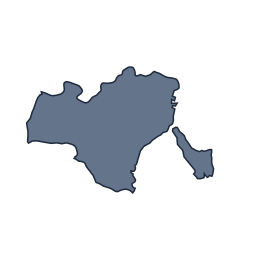 the border of Hyōgo, rotated 292°
{"feature_id": "JPN-1849", "entity_name": "Hyōgo", "entity_type": "Prefecture", "adm_level": 1, "iso_a3": "JPN", "parent_name": "Japan", "parent_adm1": "", "projection": "orthographic", "projection_center": [134.835, 34.932], "detail": "fine", "context": "isolated", "style": "filled", "palette": "slate", "viewbox_px": 256, "rotation_deg": 292, "n_neighbors": 0, "source": "natural_earth", "source_scale": "10m", "svg_char_len": 3214}
<svg xmlns="http://www.w3.org/2000/svg" viewBox="0 0 256 256"><g transform="rotate(292 128 128)"><path d="M76.7,41.4L77.8,39.9L81.8,38.7L87.3,36.6L90.6,34.5L94.7,32.1L100.3,33.8L106.4,33.2L111.0,33.3L118.9,32.9L122.2,33.0L123.8,33.4L126.0,34.1L126.9,35.6L129.1,34.0L129.5,38.6L129.4,40.0L129.3,41.3L129.3,43.6L129.5,45.3L130.1,46.8L131.2,48.8L134.1,52.8L136.5,54.4L138.6,54.8L140.4,54.3L143.7,52.5L144.8,52.1L146.0,52.0L147.2,52.7L148.1,54.1L148.5,56.8L148.8,65.2L148.7,66.7L148.2,68.0L147.5,69.3L146.8,70.4L146.0,71.3L145.1,71.8L143.9,71.8L143.0,71.7L142.0,71.3L139.6,69.8L138.2,69.1L137.1,69.2L136.1,70.0L135.7,71.5L135.5,72.9L135.2,78.0L135.3,78.9L135.8,80.0L136.8,81.1L138.8,82.2L142.5,83.2L143.7,83.9L145.0,85.0L146.4,86.5L150.4,88.0L151.8,88.9L153.5,88.7L155.9,87.3L156.9,87.0L159.1,87.1L159.7,87.4L160.4,88.1L161.7,92.1L163.5,95.3L164.8,97.1L167.3,98.7L169.3,98.6L171.0,98.8L172.6,99.4L173.8,100.5L174.7,101.9L175.8,102.4L178.6,101.8L180.0,102.3L183.7,105.0L184.8,106.0L185.5,107.6L186.0,109.1L185.6,110.7L183.7,112.7L181.7,114.0L180.3,114.6L179.5,115.1L179.5,116.2L179.8,117.1L182.1,119.4L182.5,125.0L185.9,128.8L189.5,130.5L190.3,131.4L190.2,133.2L190.4,136.4L190.2,138.4L189.8,140.5L189.6,142.8L189.7,145.7L190.8,150.0L191.4,154.0L191.1,154.9L191.0,155.3L190.7,155.7L189.7,157.0L187.6,158.8L186.0,159.6L184.2,160.3L182.3,159.3L180.0,156.8L177.4,157.0L174.2,157.2L174.2,160.5L170.6,160.9L170.8,157.8L167.1,159.1L169.5,164.3L166.1,163.7L165.4,160.9L163.5,161.2L163.2,164.3L155.5,165.7L152.1,167.3L148.5,167.7L145.4,165.5L141.4,165.6L139.4,165.3L136.9,162.2L133.8,160.9L131.8,159.1L125.9,155.2L122.4,154.0L118.4,150.6L116.4,149.4L111.3,148.1L97.6,149.4L96.8,149.1L96.3,148.7L95.7,148.5L95.0,148.9L94.5,149.3L93.8,149.8L93.1,150.1L92.5,150.2L91.1,150.1L90.0,149.6L89.5,148.5L89.5,146.7L88.8,146.9L88.1,147.3L87.6,148.0L87.4,148.9L87.3,149.9L87.0,150.0L86.5,149.9L85.9,150.2L83.1,154.0L82.2,154.6L80.7,154.5L79.6,153.8L78.7,153.1L77.8,152.7L76.4,153.2L75.3,154.3L74.7,155.8L74.9,157.2L72.0,157.3L69.6,156.7L70.7,153.7L70.9,152.2L70.7,149.9L70.3,148.8L69.9,147.7L68.0,145.0L65.0,142.1L64.6,140.2L64.8,138.3L65.4,135.5L65.4,132.3L64.9,127.2L65.6,123.2L65.7,121.3L65.6,119.8L65.5,119.0L65.5,118.9L65.7,118.6L70.8,113.7L76.1,104.7L77.3,103.2L78.5,102.0L79.4,100.9L79.7,99.4L79.4,96.9L78.8,94.8L79.6,91.0L79.6,89.4L81.8,89.8L82.5,90.5L83.9,90.9L85.2,90.8L86.7,89.9L89.8,87.5L91.2,85.7L91.7,83.9L91.8,81.7L91.5,79.5L91.5,78.5L91.3,77.4L90.9,76.1L88.5,72.3L88.0,69.5L87.4,67.3L84.9,62.3L82.0,48.6L80.1,44.2L77.0,41.7L76.7,41.4ZM143.9,169.8L146.7,172.1L146.9,173.7L145.6,175.3L144.0,177.2L143.2,180.0L142.0,183.1L139.0,185.8L136.5,189.9L133.3,194.4L132.7,199.2L132.6,200.4L132.9,201.9L133.0,203.4L134.8,204.8L135.0,207.1L135.8,208.7L138.4,211.4L139.3,213.6L137.1,214.6L134.0,215.3L131.4,217.0L128.3,218.1L126.0,219.3L122.3,222.6L117.2,223.8L114.7,223.9L114.5,221.4L112.2,220.4L111.9,220.0L113.1,217.5L114.2,215.9L110.4,217.1L108.1,214.2L107.1,211.3L108.4,209.5L109.9,206.1L112.2,206.8L113.9,205.9L122.2,190.8L124.9,189.0L126.9,187.7L127.7,187.0L128.4,186.1L129.3,183.8L130.0,182.6L131.3,180.1L135.4,177.9L137.1,177.3L139.7,173.4L141.7,170.6L143.9,169.8Z" fill="#64748b" stroke="#1e293b" stroke-width="1.5"/></g></svg>